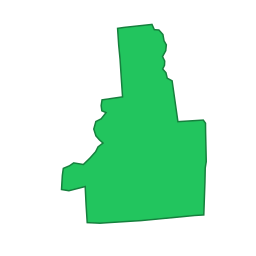 the district of Morro Reuter, Rio Grande do Sul, Brazil, rotated 259°
{"feature_id": "56859067B6764264702080", "entity_name": "Morro Reuter", "entity_type": "district", "adm_level": 2, "iso_a3": "BRA", "parent_name": "Brazil", "parent_adm1": "Rio Grande do Sul", "projection": "natural_earth1", "projection_center": [-51.038, -29.513], "detail": "fine", "context": "isolated", "style": "filled", "palette": "green", "viewbox_px": 256, "rotation_deg": 259, "n_neighbors": 0, "source": "geoboundaries", "source_scale": "gbopen_adm2", "svg_char_len": 821}
<svg xmlns="http://www.w3.org/2000/svg" viewBox="0 0 256 256"><g transform="rotate(259 128 128)"><path d="M117.9,205.0L121.4,203.4L124.7,178.2L165.9,180.3L169.4,176.0L175.0,175.8L179.3,173.3L182.6,175.8L186.7,176.8L191.5,175.5L196.7,179.8L202.3,181.5L206.7,180.0L213.1,180.1L218.3,177.0L219.5,172.6L225.1,171.3L227.5,143.1L227.8,136.8L211.3,134.7L196.8,133.3L176.4,130.7L159.6,128.6L160.6,107.9L155.1,105.9L149.9,105.6L147.3,109.4L142.1,103.4L140.5,97.7L133.5,94.2L126.4,95.0L121.8,97.7L118.0,100.6L115.2,95.0L110.9,91.7L105.8,85.0L100.7,77.2L104.1,68.0L102.1,63.5L100.7,56.8L94.0,54.5L80.3,51.0L77.7,58.0L78.7,74.8L60.6,72.2L42.9,69.9L39.9,82.4L39.1,88.7L35.6,115.7L34.6,123.2L29.4,176.8L28.2,185.8L60.2,193.2L74.1,196.2L80.1,198.4L109.2,203.4L117.9,205.0Z" fill="#22c55e" stroke="#15803d" stroke-width="1.5"/></g></svg>